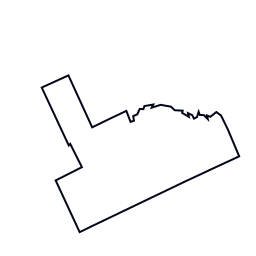 outline of Jackson, Arkansas, United States of America, rotated 64°
{"feature_id": "52423323B15986189273737", "entity_name": "Jackson", "entity_type": "district", "adm_level": 2, "iso_a3": "USA", "parent_name": "United States of America", "parent_adm1": "Arkansas", "projection": "natural_earth1", "projection_center": [-91.26, 35.622], "detail": "fine", "context": "isolated", "style": "outline", "palette": "ink", "viewbox_px": 256, "rotation_deg": 64, "n_neighbors": 0, "source": "geoboundaries", "source_scale": "gbopen_adm2", "svg_char_len": 667}
<svg xmlns="http://www.w3.org/2000/svg" viewBox="0 0 256 256"><g transform="rotate(64 128 128)"><path d="M200.5,187.0L201.1,99.3L201.6,70.0L202.2,40.5L173.7,38.9L157.6,38.9L152.4,41.6L154.0,49.1L151.4,51.5L154.9,52.4L149.7,54.2L147.6,57.8L144.4,57.4L148.4,61.2L148.5,64.6L144.7,64.6L140.9,67.6L144.6,68.4L138.2,72.7L136.4,71.3L132.5,78.2L127.6,80.1L121.5,88.5L120.1,97.8L118.0,95.0L115.5,103.6L117.8,105.9L116.0,109.1L119.8,113.7L119.6,118.1L124.1,119.5L123.6,123.0L111.9,122.0L111.7,139.5L111.7,159.9L54.6,158.5L53.8,187.8L117.7,188.9L116.9,186.9L143.0,186.6L143.4,216.0L200.4,217.1L200.4,202.5L200.5,187.0Z" fill="none" stroke="#020617" stroke-width="2"/></g></svg>